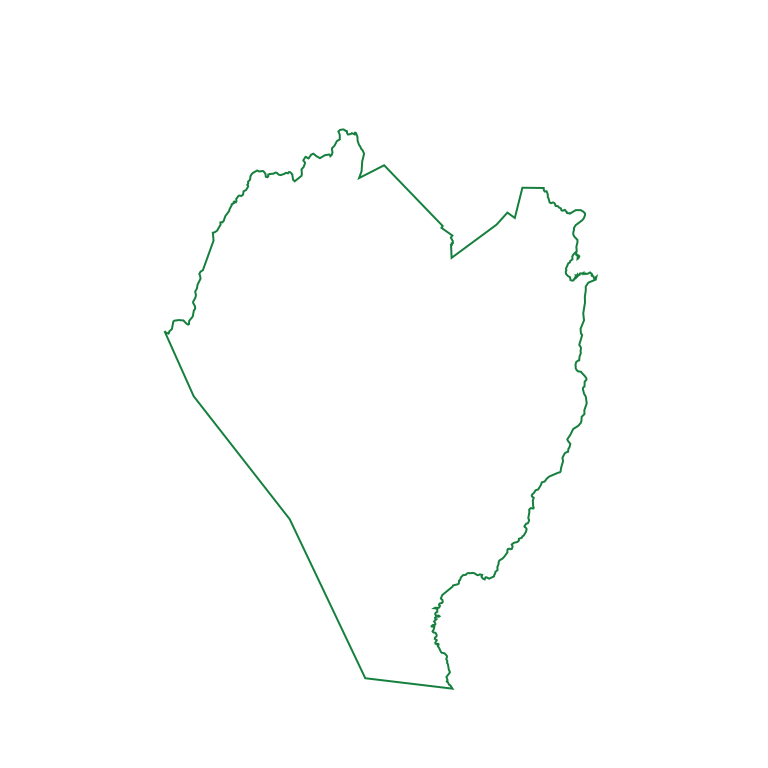 Mosfellsbær, Höfuðborgarsvæði, Iceland (Mercator projection), rotated 124°
{"feature_id": "244011B92465939344192", "entity_name": "Mosfellsbær", "entity_type": "district", "adm_level": 2, "iso_a3": "ISL", "parent_name": "Iceland", "parent_adm1": "Höfuðborgarsvæði", "projection": "mercator", "projection_center": [-21.613, 64.146], "detail": "fine", "context": "isolated", "style": "outline", "palette": "green", "viewbox_px": 768, "rotation_deg": 124, "n_neighbors": 0, "source": "geoboundaries", "source_scale": "gbopen_adm2", "svg_char_len": 6166}
<svg xmlns="http://www.w3.org/2000/svg" viewBox="0 0 768 768"><g transform="rotate(124 384 384)"><path d="M200.2,563.0L201.9,560.3L205.9,557.4L209.0,558.9L214.1,558.3L217.6,558.9L218.4,558.6L220.8,556.2L223.2,555.5L225.1,555.9L224.4,556.9L224.3,557.6L227.3,560.9L232.6,563.4L232.9,567.3L232.6,571.4L234.6,572.6L239.2,572.7L239.4,573.3L239.3,575.3L239.4,575.9L240.0,576.1L243.6,576.0L244.0,575.5L244.4,573.7L245.2,572.9L249.0,572.0L252.2,572.4L256.0,569.4L257.6,568.8L265.9,571.4L265.4,573.7L261.7,577.1L261.1,578.6L261.0,580.6L261.6,581.4L263.1,581.5L263.7,583.3L264.1,583.7L265.4,584.0L268.6,586.5L269.2,588.0L269.3,588.7L268.9,590.6L269.0,591.6L269.4,592.2L271.5,593.3L273.8,596.2L275.2,597.1L276.6,596.1L277.8,596.3L278.3,597.8L276.0,599.9L275.1,602.6L275.2,603.6L277.5,606.2L277.8,606.8L277.8,608.2L278.0,608.6L282.5,610.8L284.3,611.1L286.4,610.9L289.5,609.3L292.4,609.8L293.7,608.6L295.3,608.7L295.7,607.6L296.2,607.1L300.3,606.8L302.8,608.2L305.8,606.7L307.9,607.4L308.6,609.2L309.3,609.8L313.3,610.0L314.7,608.7L316.2,608.4L316.6,609.2L316.5,610.2L317.5,610.3L318.1,609.6L320.3,610.8L321.0,610.2L325.5,609.8L327.1,609.1L333.7,609.4L338.4,608.1L340.4,608.4L340.8,609.4L341.6,610.0L343.3,608.6L350.1,608.1L352.9,609.2L354.3,610.5L360.4,605.5L390.9,597.8L393.5,598.9L396.0,598.7L397.3,596.8L399.3,595.0L405.9,594.1L409.4,592.5L413.0,592.2L415.4,589.7L416.6,589.1L418.2,588.6L422.7,588.2L423.6,587.4L425.3,584.1L427.1,582.7L429.5,582.7L435.0,580.3L440.6,580.8L443.4,579.2L444.3,579.6L444.4,581.5L443.5,585.9L445.7,589.8L448.5,593.0L449.9,593.6L457.0,590.6L460.5,591.4L462.4,590.7L462.7,590.8L463.3,593.4L462.9,595.5L500.6,534.9L548.8,386.6L638.4,235.0L598.3,156.9L596.7,160.7L596.9,162.0L595.5,164.3L595.7,164.9L595.5,165.6L594.0,165.7L592.0,168.4L586.3,168.1L585.4,169.0L584.8,170.3L580.6,174.3L580.0,175.7L578.4,176.5L577.2,178.6L575.1,179.1L574.1,180.1L573.4,183.2L574.5,185.8L574.3,187.0L571.9,190.9L571.3,192.8L570.9,193.2L569.7,192.9L569.1,193.4L569.1,194.0L570.1,194.9L570.5,196.0L569.7,196.9L566.9,197.0L566.9,199.4L566.0,199.9L563.8,199.4L562.8,199.8L561.7,201.6L561.6,202.7L562.3,203.8L562.2,204.9L562.0,205.4L559.3,205.6L557.2,206.5L558.4,208.9L557.9,209.2L556.2,208.5L555.5,207.3L554.4,207.1L553.7,207.7L552.8,209.7L549.7,209.0L550.0,210.2L549.1,211.0L547.6,210.4L546.8,209.6L546.3,208.4L545.5,208.1L545.4,209.2L546.7,210.8L546.8,211.8L546.1,212.9L545.5,213.2L544.6,213.2L543.2,212.4L541.0,213.8L540.8,214.9L541.8,216.9L540.8,216.4L539.2,213.8L538.4,213.3L536.7,213.5L536.3,215.0L535.6,215.1L534.9,215.1L532.8,213.4L531.8,213.4L530.4,214.8L530.1,216.9L526.4,217.7L513.7,213.9L512.4,214.1L508.7,210.8L507.6,210.4L505.0,211.8L503.9,211.3L501.4,212.1L498.3,211.6L496.5,209.5L495.0,209.3L493.4,208.3L493.0,207.1L491.1,205.0L490.3,203.1L490.3,200.0L490.0,199.2L488.2,198.0L487.4,195.8L489.3,195.4L490.0,193.2L489.7,191.3L487.5,191.7L487.0,191.1L486.6,188.0L482.0,185.2L480.6,185.9L479.2,185.8L477.4,186.6L474.8,185.8L472.3,187.7L469.6,188.2L467.4,189.4L465.9,189.7L462.4,188.1L459.9,187.7L454.5,187.5L452.7,188.9L451.4,188.9L450.4,187.9L450.3,186.9L450.0,186.4L449.0,185.8L446.7,186.6L445.6,188.4L443.0,187.5L440.6,185.3L439.3,184.7L438.3,184.7L436.9,185.6L434.4,183.8L433.0,184.1L431.6,183.4L426.9,183.7L424.6,184.6L424.0,185.5L423.8,187.4L423.5,188.0L420.3,188.0L419.0,186.9L417.0,187.1L415.6,187.7L414.5,189.4L409.0,191.8L406.9,193.4L404.9,193.0L403.8,190.7L403.0,190.6L401.8,192.1L397.3,195.5L394.6,196.2L394.5,196.3L394.6,197.9L394.1,199.0L392.5,199.4L390.5,198.8L387.3,198.9L385.2,197.2L379.6,197.5L377.4,198.2L375.0,196.3L371.3,196.1L368.4,195.3L360.4,190.2L358.7,188.7L357.8,188.7L354.2,190.4L347.8,192.4L345.4,194.8L340.4,195.4L338.7,194.7L337.3,193.5L334.5,194.9L332.9,194.8L330.6,195.6L329.4,196.1L328.3,199.7L327.4,201.1L321.9,201.1L315.5,202.0L310.1,199.6L306.5,199.1L304.3,199.6L300.6,201.8L296.9,201.0L293.6,203.3L286.7,205.1L281.6,209.7L280.2,212.7L276.9,216.4L275.6,216.9L273.9,216.4L269.8,219.0L267.4,218.5L266.2,219.3L265.2,221.7L264.2,226.0L263.7,227.5L265.0,230.2L264.7,232.1L263.8,233.8L260.6,236.2L258.2,236.9L255.9,236.1L255.2,235.4L251.5,237.4L248.5,238.0L247.0,239.3L243.9,240.9L243.1,242.1L242.5,243.8L241.9,244.2L233.1,246.9L232.5,247.2L232.0,248.9L231.5,249.4L228.3,251.9L219.3,253.8L214.1,258.3L203.9,263.0L199.5,266.2L193.5,269.1L190.3,271.3L185.7,271.3L179.0,266.8L176.3,267.9L177.1,268.1L178.8,267.5L179.7,267.9L177.9,270.2L177.7,270.9L178.1,271.9L177.8,272.6L177.1,272.4L176.4,273.6L176.5,274.6L176.3,275.6L178.6,276.7L179.7,277.9L179.6,278.7L180.7,279.2L181.0,279.9L180.7,280.2L181.0,280.3L180.4,280.7L181.4,281.0L181.5,281.7L182.0,281.9L182.4,283.0L183.1,283.4L184.0,282.9L185.1,283.5L185.0,283.9L185.4,284.4L185.2,284.7L185.9,284.6L186.4,285.4L186.8,284.3L187.3,284.9L187.7,284.1L188.5,284.5L188.3,284.9L188.8,285.2L189.4,284.3L191.1,285.2L192.1,284.8L193.0,285.7L193.6,287.4L191.5,289.4L191.6,292.0L190.9,294.7L189.4,296.1L187.7,296.4L186.8,297.6L180.9,298.7L179.3,297.9L178.0,298.4L175.2,297.5L173.0,299.2L170.6,299.4L167.2,298.7L169.1,297.3L169.5,296.5L169.4,295.0L172.1,293.5L171.0,293.1L168.9,293.5L168.6,294.7L169.1,296.1L168.6,297.5L165.7,298.8L162.8,301.2L158.0,303.0L156.3,304.4L155.4,308.6L154.2,310.7L152.4,311.9L149.9,312.7L148.4,313.8L145.1,313.9L137.7,311.3L135.0,311.0L131.4,311.8L130.2,312.7L129.6,315.3L129.8,316.1L129.8,318.1L132.7,322.3L138.7,325.1L138.6,325.7L139.2,326.2L139.9,328.1L139.2,328.6L139.1,330.1L138.6,330.7L138.5,331.5L140.4,332.7L140.8,333.9L139.5,335.6L139.8,337.5L139.4,339.6L140.4,341.2L140.3,341.6L139.2,342.7L138.7,344.6L139.1,345.5L140.7,346.7L140.9,348.2L138.3,351.1L137.4,352.8L135.3,354.2L133.8,356.2L133.3,357.1L134.5,358.2L134.1,359.7L132.2,361.2L143.9,379.0L173.2,368.4L172.9,377.5L189.0,379.8L241.6,398.5L231.1,406.3L230.5,405.6L229.4,406.5L228.7,405.7L227.0,406.9L225.3,410.4L222.7,410.3L222.4,423.7L220.2,423.7L202.6,506.2L227.2,519.8L220.1,521.6L211.7,526.5L204.2,529.3L202.2,532.5L201.7,534.6L200.5,536.3L199.7,538.5L197.2,541.8L194.0,544.2L191.7,547.4L191.7,548.1L192.0,548.6L193.5,548.0L194.0,550.9L195.4,551.4L197.3,553.3L196.7,554.9L195.1,556.2L195.7,557.6L195.4,558.6L195.7,560.1L197.9,562.5L200.2,563.0Z" fill="none" stroke="#15803d" stroke-width="2"/></g></svg>